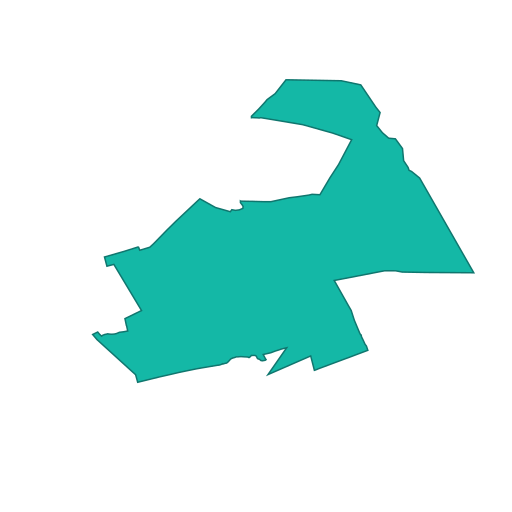 San Pablo Huixtepec, Oaxaca, Mexico, rotated 150°
{"feature_id": "50627088B78539610756075", "entity_name": "San Pablo Huixtepec", "entity_type": "district", "adm_level": 2, "iso_a3": "MEX", "parent_name": "Mexico", "parent_adm1": "Oaxaca", "projection": "mercator", "projection_center": [-96.794, 16.815], "detail": "fine", "context": "isolated", "style": "filled", "palette": "teal", "viewbox_px": 512, "rotation_deg": 150, "n_neighbors": 0, "source": "geoboundaries", "source_scale": "gbopen_adm2", "svg_char_len": 2711}
<svg xmlns="http://www.w3.org/2000/svg" viewBox="0 0 512 512"><g transform="rotate(150 256 256)"><path d="M77.8,324.9L79.7,351.8L94.5,365.1L111.1,375.1L141.9,393.6L158.3,387.0L168.2,385.9L171.4,384.7L180.2,381.9L190.1,379.3L190.8,378.0L189.9,377.6L189.4,377.4L189.1,377.1L185.6,374.9L184.6,374.2L184.2,373.9L182.7,373.4L149.9,346.4L133.3,329.4L128.3,324.3L115.0,308.9L138.8,293.9L152.8,286.8L170.0,277.1L176.6,281.4L179.7,282.3L191.0,286.8L198.0,289.8L216.0,295.6L222.2,299.2L230.5,304.3L231.4,304.9L235.3,307.2L241.9,311.2L242.0,311.4L242.8,310.0L242.4,307.0L242.4,305.3L243.6,303.8L247.4,304.3L251.0,305.8L253.8,308.2L256.1,307.2L266.8,318.2L276.0,333.6L279.2,332.9L307.8,326.2L319.8,323.1L338.6,317.8L343.6,316.7L353.8,319.1L353.3,322.3L353.7,322.8L368.1,326.0L387.7,330.9L390.2,321.7L383.3,319.8L382.4,266.0L388.0,266.4L400.8,267.3L403.0,260.6L403.0,260.1L404.6,255.2L408.6,256.6L412.4,258.2L415.6,258.6L417.6,259.2L419.1,259.9L420.6,260.7L422.3,261.9L423.4,262.8L424.0,263.0L424.5,263.0L425.9,263.6L428.3,264.0L429.8,263.8L430.6,266.4L431.1,269.3L436.7,269.7L435.5,263.1L421.1,218.0L419.6,213.4L421.6,205.8L413.7,203.5L400.2,199.6L390.9,196.7L389.6,196.3L381.0,193.7L374.9,191.7L364.1,188.1L359.7,186.5L343.6,180.5L343.0,180.3L343.4,180.3L342.0,179.8L340.5,179.5L338.7,179.4L338.7,179.0L336.5,178.5L335.1,178.0L333.7,178.1L333.1,178.3L332.0,178.6L329.6,179.4L328.1,179.4L327.0,179.2L326.8,179.3L326.5,179.1L325.8,178.9L324.9,178.7L323.4,178.5L322.3,177.8L321.4,177.4L320.8,177.1L320.3,176.9L319.9,176.7L318.9,176.1L318.0,175.5L317.1,174.9L316.4,174.4L315.4,173.8L314.5,173.2L313.9,172.8L313.5,172.5L313.3,172.1L313.2,171.9L312.9,171.7L312.7,171.5L312.3,171.5L311.7,171.6L310.5,171.9L310.2,172.0L309.7,172.2L309.4,172.0L309.2,171.9L308.6,171.5L307.9,171.2L307.1,170.7L306.8,170.5L306.3,170.1L306.1,169.8L306.0,169.5L305.9,169.3L305.9,169.2L305.9,168.8L305.9,168.5L305.9,167.6L306.0,166.8L305.9,166.2L305.6,165.9L304.4,164.4L304.3,163.9L304.2,163.4L304.0,163.0L303.5,162.6L303.2,162.3L302.7,162.0L301.6,161.6L300.8,161.3L300.1,161.1L299.1,161.2L299.1,161.5L299.2,162.4L299.0,167.1L293.2,165.3L291.5,164.8L286.6,164.0L284.0,163.4L280.5,162.7L275.3,161.2L304.9,147.3L258.6,142.1L262.6,127.8L262.2,127.7L259.8,127.3L258.7,127.2L230.2,122.4L226.9,121.8L218.3,120.4L206.3,118.4L205.4,122.8L205.7,125.1L205.3,129.2L205.0,133.4L204.4,135.0L204.8,135.6L204.7,137.9L204.6,138.4L204.4,139.8L204.4,140.1L203.0,151.0L202.7,152.5L200.8,161.2L200.8,166.7L200.5,195.7L152.0,178.9L142.5,173.4L137.4,169.0L116.6,156.5L75.8,132.6L75.3,241.7L79.0,251.4L80.6,253.7L80.0,256.7L80.5,264.7L75.4,275.8L76.7,287.8L82.2,291.7L84.9,299.6L86.3,308.6L76.8,318.2L77.8,324.9Z" fill="#14b8a6" stroke="#0f766e" stroke-width="1.5"/></g></svg>